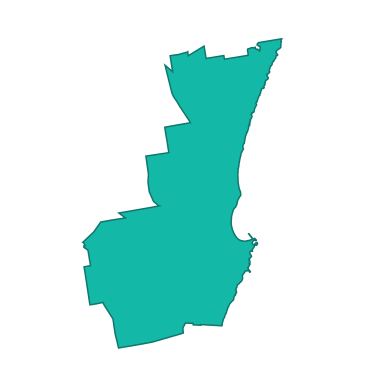 Warrnambool, Australia, rotated 253°
{"feature_id": "25037944B46822546280655", "entity_name": "Warrnambool", "entity_type": "district", "adm_level": 2, "iso_a3": "AUS", "parent_name": "Australia", "parent_adm1": "", "projection": "equal_earth", "projection_center": [142.516, -38.378], "detail": "fine", "context": "isolated", "style": "filled", "palette": "teal", "viewbox_px": 384, "rotation_deg": 253, "n_neighbors": 0, "source": "geoboundaries", "source_scale": "gbopen_adm2", "svg_char_len": 5988}
<svg xmlns="http://www.w3.org/2000/svg" viewBox="0 0 384 384"><g transform="rotate(253 192 192)"><path d="M55.3,181.5L56.0,182.0L57.7,182.5L59.3,183.7L61.0,184.7L62.1,185.8L62.6,186.4L64.8,187.8L65.9,189.1L67.0,189.9L67.8,190.3L70.0,191.9L70.7,192.3L71.2,192.9L71.7,193.1L72.3,194.0L72.9,194.3L74.0,195.4L74.6,196.3L75.1,197.2L75.9,198.5L76.3,199.2L76.3,199.5L76.6,200.0L77.2,200.5L79.0,201.2L79.6,201.7L80.0,202.2L80.5,202.6L80.6,203.2L81.2,203.4L81.4,203.9L82.0,203.8L82.3,204.2L82.5,204.8L82.7,205.2L83.2,205.0L84.5,205.5L85.3,205.6L85.9,205.4L86.4,205.5L87.6,206.9L89.5,208.0L90.0,208.6L90.5,210.1L91.3,211.1L91.8,212.5L92.0,212.9L92.6,213.4L93.3,214.4L93.9,214.6L94.3,215.0L94.9,215.3L96.0,215.4L97.2,215.8L97.9,216.2L99.2,218.0L99.4,218.5L99.7,218.8L100.1,219.2L100.5,219.3L100.8,219.6L100.6,220.8L100.7,221.4L100.3,222.2L100.3,223.2L100.0,223.5L99.2,223.5L98.9,223.8L98.5,223.7L98.5,223.9L98.6,224.5L98.8,224.5L100.6,223.9L101.3,223.3L102.8,223.2L103.1,223.7L103.8,223.8L104.5,224.8L105.3,225.6L105.7,225.8L106.5,225.8L106.2,226.1L106.1,226.4L107.5,226.7L108.2,227.0L108.9,227.1L109.7,226.6L110.1,227.2L110.6,227.1L111.0,226.8L111.3,226.8L111.6,227.3L111.6,227.5L111.8,228.3L112.5,229.3L112.7,229.8L113.0,230.1L114.3,230.0L115.9,229.4L116.3,229.3L117.0,229.5L117.5,229.8L117.6,230.0L118.1,230.5L118.3,230.8L118.1,231.6L117.6,232.3L117.7,232.6L118.0,232.7L118.4,232.5L118.9,232.5L119.9,233.4L120.5,234.6L121.3,235.3L121.4,235.5L121.7,235.6L122.4,236.1L122.7,236.6L122.2,237.8L122.2,238.0L122.6,238.7L123.0,239.1L123.2,239.5L123.7,239.5L123.9,239.3L124.4,239.6L124.6,239.5L124.7,238.8L124.5,238.3L124.6,237.7L123.9,236.9L123.7,236.1L123.8,235.5L124.7,234.6L125.2,234.6L125.8,234.7L126.4,235.2L127.5,236.3L127.7,236.9L127.7,237.0L126.7,239.0L126.9,239.4L127.3,239.5L128.1,238.9L129.1,238.6L129.3,238.5L129.4,238.3L129.2,237.8L128.9,237.7L129.4,236.6L135.5,234.2L135.4,233.9L129.5,236.3L129.0,233.9L129.0,232.5L129.2,231.0L129.3,230.3L129.2,229.3L129.7,227.4L130.3,226.4L131.0,224.9L131.6,224.1L133.1,222.6L134.5,221.8L135.7,221.2L139.3,220.2L142.6,219.7L144.6,219.6L149.1,220.0L151.4,220.5L153.5,221.3L154.8,221.9L156.2,222.3L157.7,223.0L161.5,225.4L162.7,226.2L164.0,227.7L165.0,229.5L165.6,230.1L166.5,230.8L166.9,231.2L170.6,233.2L171.0,233.7L173.5,236.2L173.6,236.5L174.0,236.6L174.1,236.8L174.2,237.1L174.6,237.7L177.9,238.4L179.9,238.2L182.2,238.2L187.1,238.8L189.8,239.4L191.3,239.9L192.4,240.3L194.8,240.7L195.7,241.1L197.5,241.8L197.9,242.0L200.1,242.6L202.4,244.0L203.7,244.6L204.6,244.9L211.0,248.2L211.5,248.6L213.0,249.5L214.4,250.1L217.2,252.7L218.1,253.8L220.6,253.7L223.0,255.5L223.3,256.2L224.8,257.0L225.6,257.2L226.2,257.7L228.7,258.9L230.5,260.0L230.7,260.3L231.0,260.4L231.4,260.7L231.5,261.0L232.1,261.2L232.1,261.3L232.4,261.5L232.5,261.7L232.6,261.8L232.9,261.9L232.9,262.2L233.2,262.4L233.5,262.5L233.9,263.0L234.6,263.3L234.9,263.7L235.3,263.9L236.1,264.5L237.0,264.7L237.4,265.1L238.2,265.5L238.5,265.9L238.5,266.3L238.9,266.4L239.2,266.7L239.5,266.6L239.7,266.3L240.2,266.5L240.3,266.6L240.3,266.8L240.1,267.1L240.4,267.2L240.6,267.4L241.3,267.4L241.4,267.7L241.9,267.7L242.5,268.0L242.7,268.6L242.9,268.7L243.1,268.4L244.3,268.7L244.5,268.9L244.6,269.7L245.7,270.9L247.1,271.6L247.6,271.4L248.3,271.6L248.6,271.4L248.9,271.4L249.4,271.6L249.5,271.8L249.5,272.3L249.7,272.5L250.4,272.7L250.4,272.9L250.3,273.0L250.2,274.0L250.3,274.5L250.5,274.7L252.7,275.8L253.9,276.7L256.4,279.1L257.1,279.4L257.8,279.0L258.4,279.2L258.8,279.4L258.9,279.6L259.1,279.9L259.1,280.2L259.6,280.9L260.6,281.3L261.0,281.7L261.4,281.9L262.3,282.6L263.0,283.3L264.1,283.8L264.4,284.2L264.5,285.0L264.8,285.3L265.6,285.2L265.9,285.4L266.5,286.5L266.9,286.6L268.3,287.2L268.7,287.9L269.8,288.3L270.3,288.8L270.6,289.4L270.6,289.6L270.4,289.8L270.5,290.4L270.2,290.5L270.3,291.1L270.9,291.6L271.8,291.5L272.4,291.8L272.6,292.2L272.9,292.5L273.0,292.9L273.7,292.9L273.9,293.3L274.3,293.3L274.6,293.4L274.9,293.9L275.2,294.0L275.6,293.9L275.8,294.2L276.5,294.5L276.7,295.1L277.3,295.9L277.7,297.3L277.9,297.6L278.3,297.7L278.6,298.2L279.3,298.3L280.5,297.8L281.0,297.8L281.7,298.0L282.5,297.7L282.9,298.2L282.7,299.1L282.8,299.3L283.0,299.8L283.3,300.6L283.8,301.2L284.3,301.5L284.5,301.5L285.0,301.2L285.8,301.4L287.3,302.6L288.3,302.9L288.8,303.3L289.1,303.8L289.4,304.4L290.3,305.6L290.9,306.1L291.7,306.3L292.9,307.4L293.5,308.3L293.6,308.5L293.4,308.7L293.4,308.8L294.1,309.1L294.4,309.7L295.2,310.4L295.9,311.5L297.3,312.0L297.6,312.2L297.7,312.4L297.6,313.6L297.7,313.8L298.0,314.0L298.7,313.9L300.6,313.1L300.9,313.2L301.2,313.5L301.3,313.3L301.7,313.4L302.6,314.5L302.8,314.8L303.2,316.6L303.5,317.2L304.1,319.0L304.3,319.2L304.9,319.3L305.9,319.7L306.6,320.1L308.2,320.2L309.2,321.2L309.4,321.4L310.9,321.4L311.7,322.2L312.3,322.6L315.4,299.3L314.7,297.9L313.5,297.2L312.2,298.4L311.1,299.7L309.0,298.9L308.1,298.7L307.0,298.0L309.4,296.5L309.2,295.7L310.7,294.5L312.0,294.7L311.9,293.6L311.7,293.1L312.6,291.7L312.4,287.0L311.1,286.4L308.9,286.3L306.5,285.6L306.3,285.6L309.5,261.9L313.2,262.3L315.6,244.5L328.0,246.2L323.4,228.2L327.3,228.9L327.2,228.7L327.4,219.6L328.7,211.1L328.7,210.9L312.7,208.7L321.1,203.3L293.6,201.8L291.9,201.8L289.0,202.2L287.6,202.5L282.4,204.2L281.9,204.2L277.9,205.2L260.7,210.3L258.7,210.7L260.3,198.2L261.9,184.9L252.9,183.6L249.2,183.2L236.4,181.3L239.8,158.4L221.5,155.5L214.4,152.8L204.9,151.2L195.1,152.3L194.1,152.5L188.8,156.0L188.3,156.6L189.4,146.9L193.3,115.9L186.7,120.7L188.8,105.8L188.7,105.8L190.0,96.0L181.8,85.4L181.9,85.1L175.8,72.9L175.6,73.2L175.1,73.5L174.4,73.7L173.4,73.8L171.9,74.1L171.7,74.0L171.6,73.8L171.6,73.5L171.9,72.8L171.2,72.5L170.6,72.5L168.2,74.4L167.1,75.1L166.8,75.5L151.2,73.4L152.0,66.9L143.1,65.7L114.1,61.4L113.9,61.4L112.8,69.6L112.9,70.0L112.3,74.6L109.7,74.9L93.8,79.3L79.3,77.1L64.3,76.2L61.1,101.1L60.1,110.0L59.6,142.3L60.3,142.6L64.3,143.4L65.0,143.9L68.6,147.4L66.1,154.6L65.6,154.4L64.6,154.3L62.0,161.5L62.6,161.8L55.3,181.5Z" fill="#14b8a6" stroke="#0f766e" stroke-width="1.5"/></g></svg>